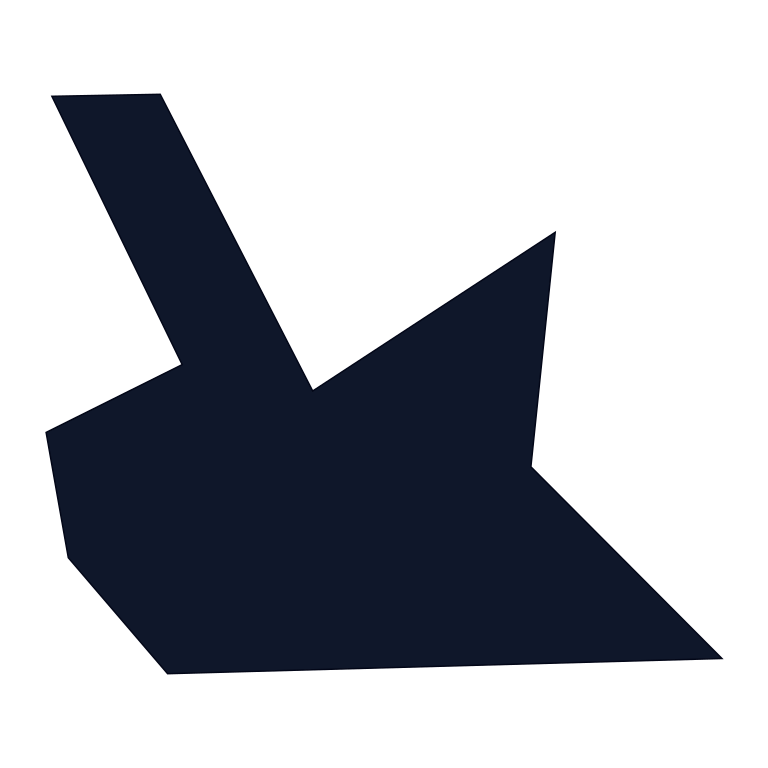 outline of Williamsburg, Virginia, United States of America
{"feature_id": "52423323B40435366156553", "entity_name": "Williamsburg", "entity_type": "district", "adm_level": 2, "iso_a3": "USA", "parent_name": "United States of America", "parent_adm1": "Virginia", "projection": "robinson", "projection_center": [-76.709, 37.278], "detail": "fine", "context": "isolated", "style": "filled", "palette": "ink", "viewbox_px": 768, "rotation_deg": 0, "n_neighbors": 0, "source": "geoboundaries", "source_scale": "gbopen_adm2", "svg_char_len": 259}
<svg xmlns="http://www.w3.org/2000/svg" viewBox="0 0 768 768"><path d="M721.9,658.5L530.9,466.8L555.2,232.3L312.7,391.0L160.2,94.3L51.9,96.3L182.2,364.6L46.1,432.4L68.3,557.7L167.6,673.7L721.9,658.5Z" fill="#0f172a" stroke="#020617" stroke-width="1.5"/></svg>